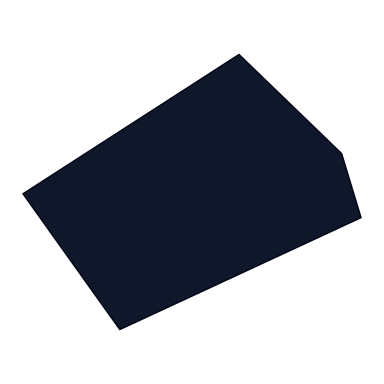 the City of Curepipe
{"feature_id": "MUS-5183", "entity_name": "Curepipe", "entity_type": "City", "adm_level": 1, "iso_a3": "MUS", "parent_name": "Mauritius", "parent_adm1": "", "projection": "robinson", "projection_center": [57.517, -20.322], "detail": "fine", "context": "isolated", "style": "filled", "palette": "ink", "viewbox_px": 384, "rotation_deg": 0, "n_neighbors": 0, "source": "natural_earth", "source_scale": "10m", "svg_char_len": 201}
<svg xmlns="http://www.w3.org/2000/svg" viewBox="0 0 384 384"><path d="M23.0,193.8L239.0,54.5L341.6,153.6L361.0,217.6L119.8,329.5L23.0,193.8Z" fill="#0f172a" stroke="#020617" stroke-width="1.5"/></svg>